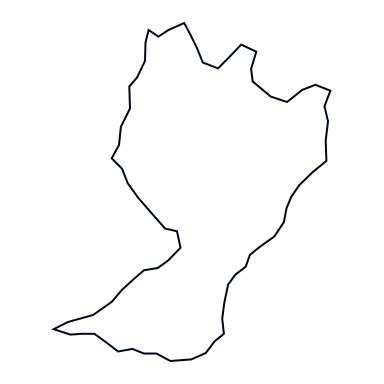 the district of Diadema, São Paulo, Brazil
{"feature_id": "56859067B95634505388778", "entity_name": "Diadema", "entity_type": "district", "adm_level": 2, "iso_a3": "BRA", "parent_name": "Brazil", "parent_adm1": "São Paulo", "projection": "albers", "projection_center": [-46.614, -23.698], "detail": "fine", "context": "isolated", "style": "outline", "palette": "ink", "viewbox_px": 384, "rotation_deg": 0, "n_neighbors": 0, "source": "geoboundaries", "source_scale": "gbopen_adm2", "svg_char_len": 986}
<svg xmlns="http://www.w3.org/2000/svg" viewBox="0 0 384 384"><path d="M190.1,34.1L184.2,23.0L168.5,30.0L158.4,36.6L148.6,30.0L145.5,42.5L145.0,61.0L137.1,77.4L129.3,86.6L130.0,108.4L120.9,126.8L119.0,145.0L111.7,158.3L122.1,168.8L127.7,183.2L138.2,197.8L153.5,215.4L165.0,228.5L177.0,231.3L180.5,247.7L167.8,260.8L157.7,268.0L143.9,270.3L133.6,279.2L122.1,289.7L111.8,301.8L93.2,314.9L81.7,318.2L67.9,322.0L53.6,329.2L70.5,334.6L82.0,333.8L94.4,333.8L106.4,342.5L118.1,351.5L132.4,348.9L143.9,353.5L156.3,353.5L170.4,361.0L191.3,359.4L205.8,353.0L214.7,341.2L223.9,333.8L222.2,318.7L224.3,302.8L228.1,284.6L235.4,274.6L245.7,266.7L249.9,254.9L259.3,247.2L274.3,236.5L283.9,222.1L286.5,208.3L291.2,197.0L299.2,185.2L312.6,172.2L326.4,160.9L325.7,140.4L328.0,121.4L324.5,106.3L330.4,90.7L315.4,84.8L302.2,89.9L287.0,102.0L270.8,96.6L252.7,81.5L251.1,68.9L256.3,51.7L241.2,44.6L228.8,57.6L218.0,68.4L202.8,62.5L196.9,47.9L190.1,34.1Z" fill="none" stroke="#020617" stroke-width="2"/></svg>